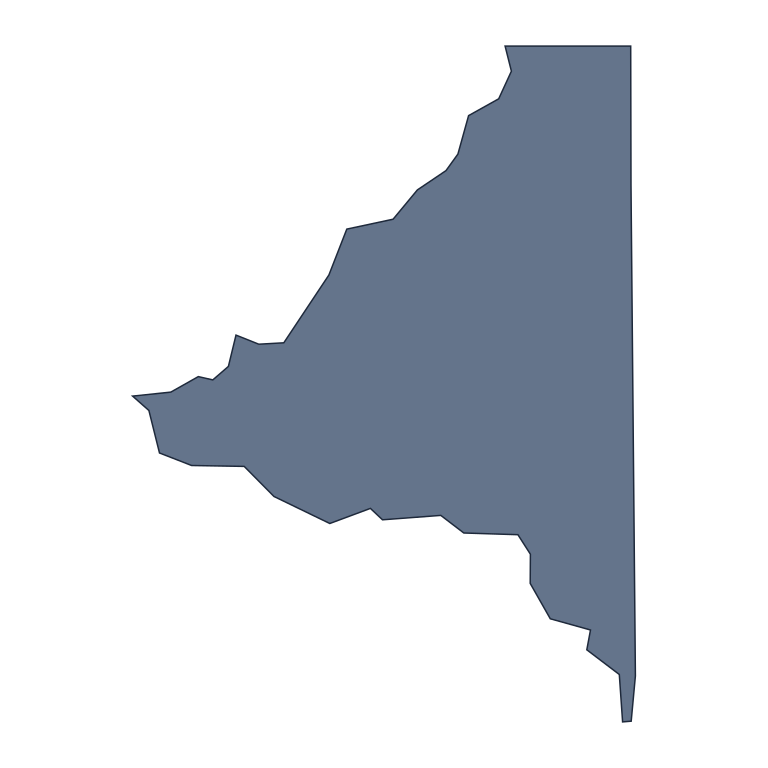 Bradford, Florida, United States of America
{"feature_id": "52423323B57345599867870", "entity_name": "Bradford", "entity_type": "district", "adm_level": 2, "iso_a3": "USA", "parent_name": "United States of America", "parent_adm1": "Florida", "projection": "robinson", "projection_center": [-82.215, 29.931], "detail": "fine", "context": "isolated", "style": "filled", "palette": "slate", "viewbox_px": 768, "rotation_deg": 0, "n_neighbors": 0, "source": "geoboundaries", "source_scale": "gbopen_adm2", "svg_char_len": 619}
<svg xmlns="http://www.w3.org/2000/svg" viewBox="0 0 768 768"><path d="M505.1,46.1L511.4,71.2L498.7,98.8L468.6,115.6L457.9,154.1L446.0,170.6L417.4,189.9L393.1,219.2L346.8,229.1L328.9,275.0L283.8,342.8L258.8,344.2L236.0,335.1L228.4,366.4L212.8,379.9L198.3,376.6L170.8,392.1L132.6,396.1L148.9,410.5L159.5,453.0L191.6,465.5L244.2,466.4L274.0,496.5L329.8,523.5L370.4,508.4L382.5,519.8L440.8,515.4L463.8,533.0L517.9,534.7L530.4,554.2L530.2,583.4L550.3,618.8L590.5,630.0L586.8,649.8L619.3,674.5L622.6,721.9L631.2,721.2L635.4,676.0L631.0,184.8L630.7,46.1L505.1,46.1Z" fill="#64748b" stroke="#1e293b" stroke-width="1.5"/></svg>